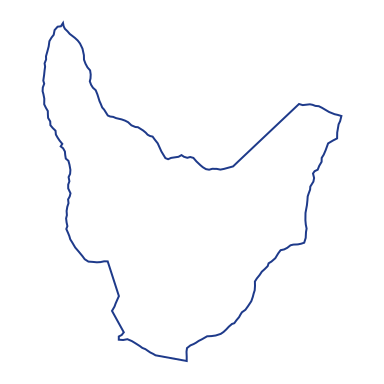 Tapejara, Paraná, Brazil (Natural Earth projection)
{"feature_id": "56859067B72466518477153", "entity_name": "Tapejara", "entity_type": "district", "adm_level": 2, "iso_a3": "BRA", "parent_name": "Brazil", "parent_adm1": "Paraná", "projection": "natural_earth1", "projection_center": [-52.903, -23.641], "detail": "fine", "context": "isolated", "style": "outline", "palette": "blue", "viewbox_px": 384, "rotation_deg": 0, "n_neighbors": 0, "source": "geoboundaries", "source_scale": "gbopen_adm2", "svg_char_len": 2910}
<svg xmlns="http://www.w3.org/2000/svg" viewBox="0 0 384 384"><path d="M341.4,116.0L337.7,114.9L334.6,114.2L329.1,112.0L322.0,107.8L318.8,106.2L315.4,105.9L312.5,104.8L309.9,104.3L302.7,105.1L299.0,104.0L258.6,142.2L238.1,161.6L233.1,166.4L224.0,168.9L220.4,169.6L216.8,168.9L212.3,168.8L209.1,169.7L205.9,169.1L202.8,167.2L200.3,165.1L196.4,161.4L193.4,157.9L190.2,157.0L187.3,157.8L184.0,156.8L181.5,155.1L178.5,156.8L171.1,157.9L168.1,159.2L165.4,158.1L161.4,151.5L159.1,146.4L157.7,143.3L154.7,139.5L152.6,136.6L150.0,136.0L147.6,134.7L145.7,132.6L143.0,130.4L137.9,127.2L135.4,127.0L131.4,125.3L128.1,122.2L125.0,120.6L121.6,119.4L116.0,118.1L113.2,116.9L110.1,116.5L107.8,115.5L104.1,109.6L102.2,107.5L100.8,104.0L99.5,101.1L97.4,94.4L95.7,90.2L92.9,87.7L91.1,84.8L89.8,81.3L90.5,78.4L90.7,74.5L90.1,70.4L87.5,67.4L85.5,63.7L84.0,59.7L83.9,55.2L82.5,48.7L80.0,43.5L77.7,40.5L74.9,37.9L71.8,35.5L69.7,33.9L67.5,31.3L64.9,28.8L63.6,26.2L63.0,23.0L60.9,26.3L57.6,26.7L54.6,30.1L53.7,34.8L51.5,37.6L49.4,41.2L48.7,46.4L47.4,51.3L46.0,56.3L46.1,59.5L44.6,63.3L45.1,66.7L44.6,70.2L44.1,75.0L43.3,80.6L44.2,83.7L42.8,87.5L42.6,91.2L43.4,94.1L44.3,98.7L44.2,104.3L45.9,107.8L47.8,111.0L47.9,114.7L48.1,117.9L50.2,121.4L50.4,125.2L52.7,128.0L55.5,130.7L55.9,134.6L57.6,137.6L59.6,140.6L62.3,143.9L60.7,146.4L63.1,148.3L64.9,151.5L65.2,154.9L65.8,158.6L68.4,160.8L69.5,164.8L70.4,169.9L70.1,173.9L68.6,177.1L69.4,181.3L68.2,184.6L68.2,188.4L70.5,193.3L69.7,196.5L68.1,199.4L68.5,203.2L67.3,206.8L66.6,211.0L66.9,215.2L66.1,218.4L66.6,222.5L67.4,226.1L66.3,229.0L68.0,232.8L69.3,236.0L70.3,239.4L72.2,242.4L75.2,247.5L78.8,251.7L82.5,256.2L84.7,259.2L88.4,261.6L92.8,261.9L96.8,262.3L100.4,262.1L104.2,261.3L107.7,261.4L118.9,296.1L115.7,303.3L114.5,306.6L112.0,310.9L123.8,332.3L121.7,335.0L118.8,336.5L118.8,339.7L123.1,340.0L127.4,339.2L131.9,341.1L135.5,343.3L139.9,346.1L142.3,347.9L145.3,349.1L150.3,352.5L153.0,353.8L155.5,355.3L186.7,361.0L186.7,356.7L186.5,351.7L187.0,348.1L190.4,345.4L193.5,344.1L195.9,342.8L198.7,340.9L201.9,339.3L207.1,336.3L211.3,336.1L215.7,335.5L220.7,333.9L223.5,332.0L226.3,329.4L228.8,326.7L231.9,324.0L234.3,323.2L236.4,320.3L239.1,317.1L240.4,314.7L241.9,312.3L245.4,309.8L248.2,305.9L251.3,301.2L252.8,296.9L253.7,293.4L254.7,290.3L255.0,285.9L254.9,281.5L256.8,278.5L259.7,274.9L261.8,271.7L264.5,269.3L267.7,266.1L268.6,263.3L271.4,261.6L275.3,258.2L278.2,253.4L280.6,250.2L284.2,249.4L287.3,247.8L290.5,245.3L293.3,244.6L297.9,244.4L301.2,243.7L304.2,242.7L305.7,237.9L306.0,232.0L306.6,228.6L305.8,224.6L305.4,220.3L305.5,212.9L306.9,205.3L307.4,200.6L307.7,196.4L308.7,193.4L310.1,189.6L310.3,186.6L313.4,181.6L314.1,178.0L313.0,173.5L314.6,171.2L317.7,169.7L319.2,165.9L321.6,161.8L321.7,157.9L323.7,154.7L325.6,150.3L328.1,143.4L333.0,140.5L337.1,138.4L337.2,132.6L337.9,128.5L338.6,124.3L340.1,121.2L341.4,116.0Z" fill="none" stroke="#1e3a8a" stroke-width="2"/></svg>